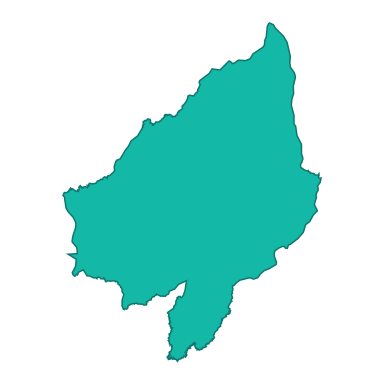 the district of Nong Phok, Roi Et, Thailand
{"feature_id": "78962969B43863364704456", "entity_name": "Nong Phok", "entity_type": "district", "adm_level": 2, "iso_a3": "THA", "parent_name": "Thailand", "parent_adm1": "Roi Et", "projection": "robinson", "projection_center": [104.197, 16.31], "detail": "fine", "context": "isolated", "style": "filled", "palette": "teal", "viewbox_px": 384, "rotation_deg": 0, "n_neighbors": 0, "source": "geoboundaries", "source_scale": "gbopen_adm2", "svg_char_len": 6012}
<svg xmlns="http://www.w3.org/2000/svg" viewBox="0 0 384 384"><path d="M253.7,279.1L257.7,277.7L260.4,274.0L264.4,270.5L268.7,268.9L276.1,264.5L276.5,262.0L274.5,256.9L274.2,253.7L274.9,250.9L278.5,248.2L282.7,246.3L284.5,246.7L285.6,248.2L287.3,248.3L288.5,244.8L290.1,244.5L298.1,238.4L303.4,232.1L305.6,224.7L309.7,221.6L313.4,214.8L317.2,211.0L317.2,210.2L314.7,205.4L314.5,203.6L316.5,197.4L316.0,195.9L316.3,193.5L318.0,190.6L318.1,187.9L317.5,186.0L320.2,182.4L321.0,178.0L319.2,178.4L318.2,177.1L319.0,175.9L318.9,173.8L318.0,175.0L315.8,175.2L314.4,174.5L314.1,173.6L310.3,173.0L310.1,172.2L309.1,171.8L308.1,170.5L307.7,171.2L306.8,171.0L303.1,169.3L302.9,168.6L301.1,167.8L300.6,166.7L300.6,164.2L301.7,162.7L302.9,158.9L302.5,156.6L301.5,154.1L301.5,145.4L301.2,143.8L297.0,135.6L295.6,126.0L294.0,124.2L294.0,115.4L291.3,105.3L291.9,98.9L293.6,93.8L293.3,86.0L295.4,77.4L295.2,75.6L294.1,72.5L290.4,67.1L289.8,62.7L290.3,56.3L287.1,42.4L283.3,36.0L275.3,28.2L273.4,24.7L269.6,23.0L268.6,23.7L267.3,26.5L266.3,36.7L264.9,40.1L264.4,45.2L262.4,47.6L253.2,53.7L250.1,58.7L245.7,60.6L238.3,60.2L234.5,63.0L232.6,63.6L230.1,61.3L229.0,61.0L220.0,70.0L212.1,68.9L209.2,73.5L200.0,80.4L199.1,81.9L200.1,85.0L198.0,89.2L197.5,90.8L197.7,91.6L195.5,93.3L193.8,96.0L189.4,95.2L188.0,96.1L187.5,98.8L185.8,102.1L183.2,105.4L182.5,105.4L182.0,106.9L182.5,108.0L182.1,109.0L178.7,111.1L178.8,112.0L178.1,112.0L177.2,113.5L177.2,114.8L175.4,115.7L175.2,116.5L173.0,116.4L172.5,116.9L171.7,116.2L171.7,115.4L169.2,114.3L168.5,115.2L167.3,115.5L167.1,114.6L165.8,114.5L165.5,115.4L165.0,114.8L164.3,115.8L164.4,117.1L161.6,119.4L160.9,121.0L159.9,121.0L159.0,122.0L155.6,122.1L154.9,123.8L153.6,124.0L153.5,125.0L152.9,125.4L152.4,125.2L152.3,123.4L150.1,122.9L150.6,122.3L150.3,121.6L150.6,121.1L150.4,120.2L149.7,119.9L149.9,119.4L147.7,118.9L146.3,120.5L144.8,120.5L144.3,121.4L143.3,121.4L143.2,123.3L144.0,124.1L142.6,125.3L143.1,126.7L142.6,126.5L142.2,128.3L137.7,135.8L131.1,140.9L128.4,146.3L125.3,150.3L120.2,158.9L116.6,160.3L115.7,161.8L114.2,166.8L114.6,171.1L109.7,175.6L107.6,176.0L107.1,178.3L106.0,177.1L104.6,176.9L103.4,177.7L102.3,179.6L100.8,179.2L99.6,180.4L97.2,181.2L96.6,182.5L95.0,183.5L92.4,183.9L89.4,183.3L88.7,184.6L89.2,185.0L88.9,185.7L87.3,185.4L88.0,186.7L87.2,187.7L85.7,186.7L83.8,186.9L83.0,188.0L81.9,187.0L81.5,187.6L80.3,185.7L78.8,187.2L79.3,188.1L78.5,191.1L77.7,190.0L77.2,191.0L75.9,191.2L72.6,188.8L70.8,189.7L71.1,188.4L70.6,188.0L68.8,190.6L68.6,191.8L67.7,191.7L66.5,192.8L64.3,192.5L63.0,195.5L64.8,197.4L64.6,198.5L66.1,208.2L68.3,211.9L73.0,217.1L75.1,221.0L76.0,223.9L75.6,227.8L72.9,236.0L72.1,240.8L72.2,242.0L76.6,247.2L77.2,249.9L77.2,253.7L68.1,254.2L76.2,259.2L75.7,266.1L72.3,272.7L72.9,274.6L74.8,276.3L76.7,274.3L77.5,274.9L78.6,272.2L83.3,269.8L87.1,275.9L89.4,275.9L93.9,277.9L95.8,277.8L97.0,278.7L97.5,277.4L98.7,277.2L99.6,277.3L100.9,278.8L103.7,278.9L103.8,278.0L104.7,278.7L105.4,281.4L106.1,281.8L107.9,280.7L110.0,281.2L114.1,280.7L115.7,281.8L116.0,281.3L117.0,281.5L117.8,282.4L118.1,284.1L120.6,286.2L120.7,287.5L121.9,288.3L122.1,291.7L123.8,294.4L122.2,299.8L122.0,305.6L123.4,309.1L124.2,309.5L124.3,308.8L126.7,309.1L127.8,308.0L128.0,305.9L130.8,304.3L133.5,303.5L134.3,304.1L134.9,303.4L137.1,303.2L137.2,303.8L137.9,304.0L142.8,304.2L143.3,304.9L146.2,305.0L146.8,304.0L146.1,303.0L146.6,301.8L147.7,301.9L147.9,300.8L149.9,299.9L151.2,299.9L151.3,298.5L152.8,296.6L154.0,296.8L155.3,295.3L156.4,295.0L156.6,294.2L160.5,296.1L165.5,296.2L165.9,295.3L168.7,293.9L169.3,291.1L174.6,289.1L178.5,284.4L186.5,280.7L185.1,290.1L183.2,295.7L181.6,297.6L180.7,297.4L180.3,296.5L178.6,296.5L177.4,297.6L177.7,298.4L177.1,298.3L177.3,298.8L176.0,300.8L175.6,304.5L174.0,306.0L173.7,308.3L167.6,312.5L167.7,313.2L169.1,314.1L168.5,316.4L169.7,317.8L169.8,318.2L169.1,318.2L169.3,320.1L169.9,320.3L169.8,320.9L170.2,321.2L169.7,321.8L170.3,322.7L169.4,322.9L169.0,323.8L170.5,325.4L170.2,326.1L170.9,326.5L170.7,327.6L172.2,327.9L171.2,328.6L171.8,329.7L171.1,330.4L171.0,331.4L171.5,331.7L170.7,332.4L170.1,334.1L169.2,333.9L169.1,334.9L169.7,335.2L169.4,337.0L168.3,337.9L169.1,339.6L169.1,340.8L168.5,340.9L169.2,341.6L169.5,344.0L170.3,344.4L170.2,345.2L170.9,344.7L171.7,345.2L172.3,346.4L171.5,346.9L172.0,348.1L170.9,351.4L169.5,351.9L169.1,352.7L169.7,352.8L169.8,354.1L169.3,354.4L169.8,354.8L169.3,354.9L169.4,355.6L168.7,355.6L168.7,356.2L167.8,356.3L167.7,357.4L167.3,357.2L167.3,357.8L168.3,358.3L168.4,359.5L170.0,359.1L169.9,357.9L170.5,357.3L171.1,357.6L170.6,358.4L171.8,358.7L171.7,358.1L172.2,358.7L172.7,358.0L172.7,359.1L173.4,359.0L173.7,358.3L174.5,358.4L174.7,359.2L176.1,359.4L177.2,361.0L177.4,360.1L178.0,360.4L178.0,359.8L179.0,359.1L180.8,358.9L181.9,357.3L182.9,357.9L183.8,356.2L185.5,357.1L186.8,355.0L186.0,354.6L186.3,353.7L185.7,354.1L186.2,352.7L185.5,352.3L186.1,352.1L186.0,351.1L187.3,350.7L187.4,350.0L186.9,350.1L187.2,349.1L189.9,348.3L188.8,347.7L190.0,347.4L189.6,346.8L189.9,346.0L190.9,346.3L191.0,345.4L192.7,345.4L192.4,344.4L193.3,344.4L193.0,343.5L193.9,342.8L194.2,343.4L194.9,342.9L195.6,343.7L194.8,345.0L195.0,346.7L195.8,348.2L196.7,348.3L197.1,349.9L198.1,349.1L199.2,350.1L200.4,349.2L201.0,349.6L201.8,348.6L202.5,348.8L202.7,347.4L203.9,347.6L206.3,346.6L205.2,345.0L205.7,345.4L205.8,344.4L207.0,344.5L207.3,343.3L208.8,343.8L209.2,342.6L210.7,341.1L212.3,340.7L211.7,339.8L212.4,338.9L213.1,339.2L214.4,337.7L213.4,334.8L214.4,334.0L214.4,333.1L215.9,331.2L217.6,329.8L217.9,328.1L220.6,326.1L220.5,323.4L221.4,323.4L221.8,319.9L222.3,320.4L222.6,319.6L221.9,318.9L226.4,316.4L225.9,315.4L227.4,313.9L228.3,314.3L229.6,313.4L229.0,313.0L229.9,312.5L229.4,311.8L230.0,311.9L230.5,310.9L229.5,309.9L229.9,309.7L229.8,308.6L228.4,307.9L228.3,306.6L230.9,301.9L231.9,301.4L231.2,299.9L232.5,298.0L231.5,294.4L232.5,293.3L232.0,291.6L232.8,290.5L232.8,288.8L232.4,286.0L234.6,285.0L235.7,283.4L239.8,280.2L249.6,277.7L253.7,279.1Z" fill="#14b8a6" stroke="#0f766e" stroke-width="1.5"/></svg>